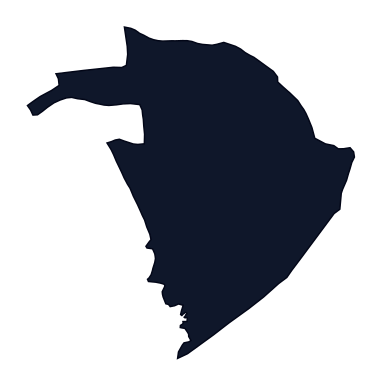 Southern Ijaw, Bayelsa, Nigeria, rotated 269°
{"feature_id": "59680162B89388744582495", "entity_name": "Southern Ijaw", "entity_type": "district", "adm_level": 2, "iso_a3": "NGA", "parent_name": "Nigeria", "parent_adm1": "Bayelsa", "projection": "mercator", "projection_center": [5.914, 4.715], "detail": "fine", "context": "isolated", "style": "filled", "palette": "ink", "viewbox_px": 384, "rotation_deg": 269, "n_neighbors": 0, "source": "geoboundaries", "source_scale": "gbopen_adm2", "svg_char_len": 2637}
<svg xmlns="http://www.w3.org/2000/svg" viewBox="0 0 384 384"><g transform="rotate(269 192 192)"><path d="M25.9,174.7L30.4,184.7L48.8,211.0L60.5,226.7L74.7,247.1L85.8,261.8L99.0,277.1L104.9,285.3L112.1,290.5L123.1,299.1L168.0,333.7L172.2,339.5L185.0,340.9L188.0,341.2L192.0,342.6L201.0,346.7L207.9,348.8L211.9,350.2L218.8,352.3L220.7,353.3L224.1,355.0L225.6,354.8L229.3,354.3L233.5,350.8L232.6,344.3L232.6,339.0L235.9,334.6L237.4,327.9L237.8,326.2L241.3,319.9L243.6,315.7L254.0,313.1L254.9,312.8L262.9,309.7L268.3,307.4L272.5,305.2L276.4,302.5L281.6,299.3L289.8,291.1L290.9,289.8L295.5,284.8L300.5,279.6L305.5,279.5L311.2,275.4L317.8,266.6L321.2,262.1L325.6,256.2L327.6,252.3L330.5,247.5L334.0,243.2L336.9,238.0L341.0,226.4L339.2,219.3L338.4,214.7L339.4,204.9L340.4,200.1L342.4,194.8L342.5,194.6L343.4,189.6L343.5,185.0L343.4,178.0L343.5,174.6L343.5,173.6L343.4,166.4L343.4,165.0L343.9,160.6L344.9,156.3L346.7,151.5L349.6,146.5L351.6,142.3L354.7,138.2L355.4,136.7L356.7,133.7L358.1,127.3L338.7,129.8L330.7,130.1L319.8,128.6L319.4,127.8L317.7,124.0L318.1,115.4L318.0,114.5L315.9,91.1L315.4,85.5L312.6,58.1L307.6,60.4L301.1,61.0L300.9,61.0L295.9,53.2L293.1,47.7L290.1,41.9L287.0,37.2L283.8,32.5L281.3,29.0L276.9,32.0L271.7,34.3L271.9,38.9L275.4,44.0L279.2,48.9L283.6,55.6L286.3,61.8L288.3,68.2L288.7,73.4L287.3,79.1L286.3,86.5L284.2,91.8L282.4,97.0L282.1,98.3L281.5,101.2L280.5,105.5L280.0,110.4L280.5,118.0L281.1,123.0L281.3,124.4L281.5,132.1L280.3,141.3L274.9,143.6L269.9,144.0L265.6,144.6L259.3,144.9L250.5,145.6L243.9,145.3L241.0,145.2L240.5,138.6L241.0,134.2L244.2,124.9L246.0,120.3L245.3,116.1L243.8,112.4L242.5,107.9L237.5,110.9L235.6,112.0L230.6,114.3L224.3,116.8L219.1,119.2L213.2,121.9L207.3,124.4L201.0,127.6L196.7,130.2L188.8,133.3L180.4,137.3L173.4,140.3L169.3,142.0L164.9,144.1L157.8,146.2L150.6,149.1L145.1,150.2L143.2,148.5L138.5,145.0L136.8,146.0L135.9,151.6L130.9,153.7L128.2,154.1L126.0,154.3L122.9,153.7L122.0,153.5L116.3,151.6L113.9,151.0L112.4,150.5L110.0,149.7L106.9,147.6L105.5,146.0L103.3,146.9L102.8,151.1L102.5,154.0L101.5,158.7L100.5,161.9L100.1,162.6L99.1,163.3L97.6,162.9L92.8,160.5L90.3,160.7L87.6,161.3L80.7,163.9L80.0,166.6L77.8,168.2L78.6,172.6L80.3,176.6L78.9,181.2L73.1,179.3L69.7,178.5L68.9,179.4L68.7,179.7L70.0,180.9L70.9,182.2L71.7,183.1L71.6,183.9L71.0,184.5L70.4,184.9L69.2,183.5L68.1,183.1L67.3,182.4L67.0,182.0L66.3,182.8L66.6,184.8L65.4,185.1L62.6,184.7L62.6,180.7L61.4,180.9L60.2,180.4L58.8,178.1L56.7,177.9L56.2,180.0L55.8,182.5L52.5,184.7L50.1,186.1L47.5,186.2L43.5,188.4L42.2,186.2L41.3,181.4L39.0,179.6L32.3,175.7L25.9,174.7Z" fill="#0f172a" stroke="#020617" stroke-width="1.5"/></g></svg>